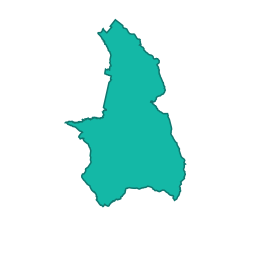 outline of Ejura-sekyedumase, Ashanti, Ghana, rotated 128°
{"feature_id": "2480657B28564915274944", "entity_name": "Ejura-sekyedumase", "entity_type": "district", "adm_level": 2, "iso_a3": "GHA", "parent_name": "Ghana", "parent_adm1": "Ashanti", "projection": "robinson", "projection_center": [-1.397, 7.385], "detail": "fine", "context": "isolated", "style": "filled", "palette": "teal", "viewbox_px": 256, "rotation_deg": 128, "n_neighbors": 0, "source": "geoboundaries", "source_scale": "gbopen_adm2", "svg_char_len": 5824}
<svg xmlns="http://www.w3.org/2000/svg" viewBox="0 0 256 256"><g transform="rotate(128 128 128)"><path d="M121.1,60.6L121.0,62.5L118.5,63.4L118.0,64.7L118.1,67.0L117.8,68.5L114.7,73.1L113.8,74.1L112.9,74.5L111.5,78.1L110.6,79.5L109.7,80.2L109.8,81.2L109.6,82.5L108.2,86.2L107.7,86.8L106.7,89.8L105.9,91.0L105.2,91.1L103.6,92.3L102.1,92.9L101.0,94.0L95.8,100.7L94.4,103.7L93.6,103.9L92.3,105.7L94.8,108.8L95.1,109.7L95.0,111.4L95.5,112.9L95.3,114.1L95.6,115.3L94.7,116.7L94.9,117.3L94.8,117.6L94.4,118.3L94.1,118.3L93.7,119.5L93.6,120.1L94.0,120.9L93.5,122.3L93.8,123.1L93.3,123.9L93.4,125.3L93.7,126.0L92.9,126.4L92.0,125.8L91.9,125.4L92.0,124.6L91.8,124.0L90.5,123.2L90.2,123.4L90.0,123.2L88.9,123.5L87.8,123.5L86.6,124.4L85.4,124.2L84.2,123.7L82.6,122.3L80.8,122.1L80.1,121.4L79.2,121.1L78.5,121.4L77.9,121.2L76.6,121.5L76.2,121.9L75.8,122.0L75.3,121.9L74.5,122.9L74.4,123.8L73.8,123.9L72.8,124.6L72.8,125.3L72.6,125.4L72.5,126.0L70.5,128.2L70.5,128.8L70.1,129.5L68.1,133.0L67.8,133.9L67.1,134.9L66.7,135.2L66.2,136.7L65.6,136.9L65.4,137.5L64.4,138.2L64.1,138.8L63.5,138.8L62.6,139.7L62.3,140.9L61.4,141.3L60.6,143.8L60.2,144.2L57.4,143.7L55.8,144.8L55.2,147.3L55.7,148.0L55.7,148.4L57.0,149.3L57.5,150.0L57.3,151.2L56.4,152.1L56.2,152.8L56.2,154.2L57.2,156.5L57.3,157.7L57.0,158.8L57.3,160.4L57.0,161.1L56.8,163.5L55.8,164.1L55.2,165.9L55.5,166.4L55.3,169.5L55.5,170.0L55.0,170.0L54.1,169.4L53.2,171.0L52.7,171.1L51.7,172.4L50.9,172.9L51.1,173.9L51.5,174.2L51.7,174.7L51.9,176.0L50.2,180.4L50.3,181.1L51.8,182.9L52.6,184.7L52.3,186.6L50.8,189.9L51.1,191.2L52.0,193.2L51.3,194.5L50.5,195.2L50.5,204.6L58.8,204.6L58.6,203.0L66.0,203.3L65.7,207.2L65.0,208.7L65.8,208.8L67.1,208.1L68.9,208.1L69.7,208.3L71.2,210.1L71.7,210.1L72.1,209.3L72.3,207.2L72.9,204.7L73.8,203.0L73.6,202.5L73.9,201.8L74.6,201.0L74.1,200.4L74.2,199.8L75.1,199.5L75.3,198.6L76.2,197.8L75.8,197.2L76.2,195.8L76.7,195.2L76.9,194.4L78.1,192.1L78.7,191.6L79.0,191.1L79.2,189.0L79.8,188.5L80.2,187.6L81.4,186.1L85.2,184.3L86.8,182.7L87.8,182.6L88.2,181.6L89.5,179.6L90.4,180.1L91.0,179.9L93.6,178.3L93.8,180.0L94.8,180.0L95.5,181.3L95.5,181.9L98.7,180.2L99.5,179.6L99.1,178.5L98.9,177.3L98.4,176.6L98.4,175.9L97.6,174.1L97.4,173.1L99.7,172.2L100.3,171.6L100.3,170.9L101.1,171.1L101.5,170.8L103.8,171.0L125.9,160.5L127.0,159.9L126.9,159.2L127.2,158.1L126.8,156.6L127.3,156.1L129.3,158.0L130.3,157.3L131.0,157.9L132.5,155.2L133.3,154.9L134.3,155.2L134.9,154.6L135.1,154.1L135.9,154.6L136.1,155.2L136.8,155.8L137.0,155.5L137.6,155.6L137.8,156.4L138.2,156.5L138.6,157.9L139.4,158.0L139.6,158.2L139.4,158.7L139.7,158.9L139.5,159.1L139.8,159.2L139.7,159.9L140.1,160.1L140.1,160.8L140.7,161.4L140.8,161.1L141.1,161.1L141.2,162.0L141.6,161.9L141.6,162.2L141.9,162.4L142.5,161.9L142.8,161.9L143.5,162.5L144.0,162.5L144.0,163.1L144.3,163.0L144.2,163.3L144.8,163.7L144.6,164.0L145.0,164.2L144.9,164.6L145.2,165.1L144.9,165.4L145.2,165.5L145.3,165.8L145.9,165.9L146.5,166.7L147.0,166.4L147.1,166.7L147.3,166.6L147.4,166.9L147.5,166.7L148.0,167.1L149.1,167.3L149.0,168.1L149.4,168.1L149.4,168.5L149.7,168.2L149.8,168.5L150.0,168.1L150.4,168.2L151.1,167.8L151.8,168.4L152.0,168.9L152.2,169.1L152.5,169.2L152.7,169.9L153.3,169.8L153.5,170.6L154.1,170.7L154.0,171.0L154.5,171.0L154.7,170.8L155.1,171.5L155.1,171.8L155.5,172.3L155.7,172.1L155.9,172.2L155.9,172.7L156.6,172.9L156.4,173.2L156.6,173.8L157.0,174.1L156.9,174.4L157.1,174.2L157.3,174.5L157.0,174.6L157.2,174.9L157.0,175.1L157.2,175.4L157.1,176.1L158.4,177.3L159.1,178.6L160.4,178.9L160.6,179.4L161.9,180.6L162.3,180.6L161.9,180.0L161.7,179.1L162.1,177.8L161.5,175.9L161.4,174.8L160.8,174.1L160.8,172.5L159.9,170.8L159.6,169.6L160.1,164.3L159.5,162.9L159.3,161.5L159.4,161.2L160.7,161.7L162.9,161.7L164.5,161.6L165.4,161.3L165.6,160.0L166.0,158.9L164.6,158.1L164.4,157.7L164.1,157.7L163.5,156.5L164.5,156.2L165.0,155.3L165.3,154.2L165.3,150.6L165.0,150.0L165.3,149.3L167.0,146.4L167.0,145.9L168.8,143.3L173.2,140.7L174.0,139.3L176.2,138.0L177.6,136.1L178.7,135.8L183.4,135.4L186.1,136.2L186.9,135.9L187.6,135.1L188.5,134.7L190.9,134.5L191.4,134.6L192.3,135.5L194.2,135.0L195.3,133.9L196.3,130.8L196.3,129.6L197.0,127.1L197.0,126.4L197.4,125.7L197.1,122.4L198.0,121.2L199.2,118.6L199.5,116.3L199.4,115.7L199.1,115.5L199.5,115.0L199.3,114.6L199.4,114.4L199.3,113.8L199.7,113.4L199.9,112.2L200.5,111.4L201.3,111.1L201.3,110.0L202.1,109.6L202.4,109.6L203.1,108.5L204.1,108.7L204.6,106.4L205.5,103.6L205.5,102.8L205.8,102.2L205.2,101.5L205.2,99.7L205.6,98.9L205.0,99.4L204.5,99.2L202.4,99.3L202.5,97.5L202.2,97.0L201.9,95.6L200.8,95.1L199.5,95.5L198.2,95.2L197.0,95.4L196.3,94.9L195.9,95.1L195.3,94.6L194.6,95.0L194.2,94.6L194.2,94.0L193.9,93.7L193.3,93.6L192.7,93.8L192.1,93.4L191.6,93.5L191.0,93.0L190.9,91.9L190.4,91.8L190.0,91.3L189.6,91.3L189.2,90.7L188.1,90.2L186.9,91.2L185.3,90.5L184.7,90.8L184.2,90.6L182.7,90.8L182.2,90.4L181.3,90.4L179.9,90.9L179.4,91.5L179.0,91.4L178.0,92.0L177.1,92.3L176.5,92.1L176.0,91.4L175.3,91.2L173.9,89.9L173.5,88.8L171.9,86.3L171.0,85.1L169.9,84.1L169.3,81.8L168.9,81.3L166.3,80.0L166.1,79.3L165.2,78.9L163.7,77.4L161.7,76.6L160.7,74.4L160.2,72.7L160.2,71.5L160.8,70.5L160.4,69.8L160.7,68.1L159.6,67.1L159.6,66.6L159.3,66.1L159.4,65.6L158.9,64.2L157.6,63.3L157.2,63.4L155.5,62.4L154.7,61.0L154.9,58.4L154.6,56.0L154.9,55.3L154.9,53.4L154.4,52.5L154.3,51.9L153.7,51.3L153.6,50.7L153.9,50.0L154.6,49.9L155.6,49.2L155.8,48.0L156.4,46.8L153.9,45.9L151.5,46.6L149.9,46.4L149.6,46.7L148.4,46.9L146.4,48.0L146.1,47.7L145.5,47.7L144.6,48.4L144.3,49.4L143.6,49.5L143.5,49.9L142.9,50.1L142.7,51.2L141.0,51.7L139.5,51.4L139.1,52.1L138.6,52.2L138.1,53.3L133.6,52.5L132.8,52.6L132.2,53.6L131.5,53.6L130.1,54.2L129.5,54.2L128.9,54.8L128.4,55.7L127.4,56.3L127.3,57.3L126.8,58.3L125.9,59.1L124.7,59.3L123.4,60.1L122.2,61.2L121.1,60.6Z" fill="#14b8a6" stroke="#0f766e" stroke-width="1.5"/></g></svg>